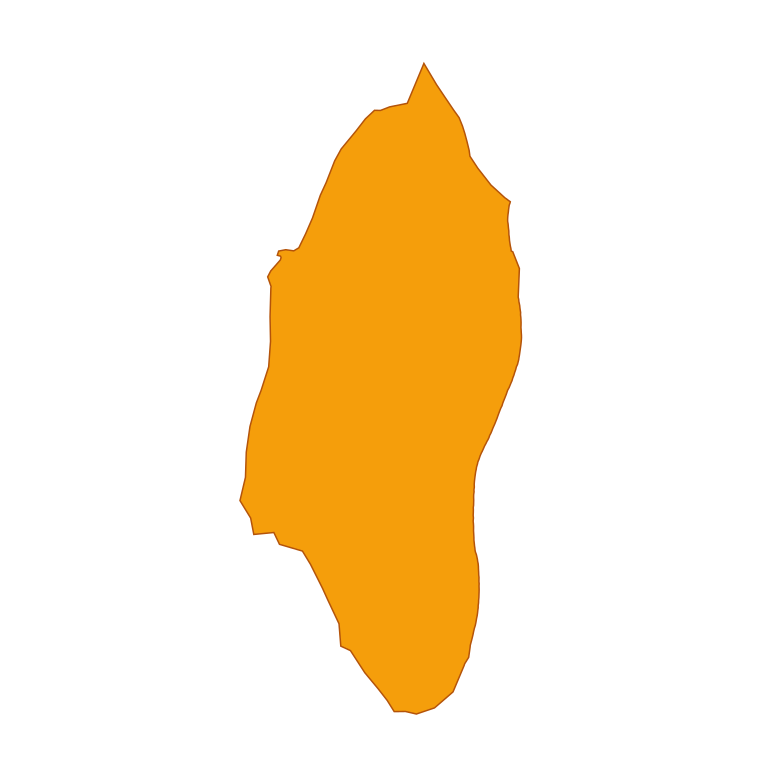 the district of Al Madan, Amran, Yemen, rotated 188°
{"feature_id": "15242507B28898961635251", "entity_name": "Al Madan", "entity_type": "district", "adm_level": 2, "iso_a3": "YEM", "parent_name": "Yemen", "parent_adm1": "Amran", "projection": "equal_earth", "projection_center": [43.615, 16.232], "detail": "fine", "context": "isolated", "style": "filled", "palette": "amber", "viewbox_px": 768, "rotation_deg": 188, "n_neighbors": 0, "source": "geoboundaries", "source_scale": "gbopen_adm2", "svg_char_len": 2971}
<svg xmlns="http://www.w3.org/2000/svg" viewBox="0 0 768 768"><g transform="rotate(188 384 384)"><path d="M284.3,582.1L286.3,583.1L288.4,584.3L290.2,585.2L305.8,595.9L321.1,610.7L330.6,621.5L332.2,627.2L335.5,635.5L338.9,643.5L342.2,650.4L346.7,658.2L353.0,664.8L356.8,669.0L363.4,676.3L373.6,687.7L389.1,707.0L400.0,665.2L417.0,659.2L425.6,654.4L431.5,653.7L439.3,644.0L446.9,630.7L459.1,610.8L463.9,598.1L469.3,575.4L473.3,562.1L477.9,538.5L482.5,521.9L487.3,507.0L491.9,503.3L500.0,503.3L506.8,501.0L507.6,496.6L504.3,496.2L503.5,494.8L503.9,492.4L511.9,480.2L514.1,473.9L509.4,464.8L509.4,463.4L506.2,434.8L502.3,410.4L500.6,385.0L504.8,360.6L507.8,347.5L510.8,323.3L510.9,297.4L508.2,272.3L510.4,248.5L497.4,232.7L492.0,216.9L472.4,221.6L465.2,210.7L441.5,207.2L431.7,195.2L416.5,173.2L409.9,162.8L395.7,141.1L395.2,140.4L390.3,118.4L380.1,115.3L362.8,95.4L347.3,81.3L336.8,71.1L328.3,61.0L317.2,62.7L306.0,61.7L288.9,70.3L272.8,88.7L265.5,116.3L265.2,118.1L262.1,125.1L262.1,127.8L262.1,129.9L262.1,132.4L262.1,135.2L262.2,137.3L261.9,139.8L261.6,142.2L261.3,144.9L261.0,148.1L260.8,151.5L260.5,154.7L260.0,157.6L259.8,160.9L259.7,164.8L259.5,167.6L259.5,170.3L259.6,173.0L259.6,175.4L259.9,177.7L259.9,180.4L260.2,183.0L260.3,185.5L260.6,188.4L260.9,191.3L261.2,193.8L261.8,197.3L262.0,199.5L262.5,201.6L263.0,205.7L263.6,208.0L264.1,210.9L264.7,213.9L265.2,216.8L265.8,219.3L266.5,221.2L267.1,223.4L268.1,226.1L268.8,228.0L270.0,230.2L270.7,232.1L271.2,234.2L271.8,236.2L272.3,238.3L273.2,241.8L273.6,244.5L274.4,248.6L274.9,251.0L275.2,253.4L275.5,255.6L276.0,258.1L276.6,260.5L276.8,263.8L277.4,266.3L277.7,269.4L278.0,271.9L278.4,274.1L278.4,276.4L278.7,278.9L279.0,281.5L279.5,284.4L279.8,286.9L279.8,289.7L280.2,291.8L280.2,294.5L280.7,297.2L280.9,300.2L281.0,304.4L281.0,309.8L280.8,312.3L280.8,314.6L280.3,317.8L280.2,319.9L279.5,322.4L278.8,326.3L278.0,329.2L277.3,331.2L276.4,334.3L275.8,336.5L274.7,339.4L274.1,341.4L273.3,343.3L272.6,345.5L272.2,347.8L271.3,350.2L270.7,352.5L270.1,355.1L269.4,357.6L268.7,360.0L267.9,363.3L267.3,365.7L266.9,367.8L266.2,371.1L265.5,374.2L264.9,376.6L264.1,378.9L263.7,381.7L263.1,384.2L262.4,387.0L261.5,390.7L260.7,395.0L259.6,397.9L259.0,400.3L258.3,403.0L257.7,405.1L257.3,407.9L256.6,410.8L256.2,413.6L255.6,416.5L255.3,419.4L254.5,422.0L254.3,424.1L254.0,426.8L254.0,429.0L253.9,431.5L253.9,434.1L253.9,436.6L253.9,439.3L253.9,441.9L254.0,444.6L254.1,446.7L254.3,449.1L254.7,451.6L255.2,453.9L255.7,456.5L256.2,458.8L256.5,461.5L256.8,463.9L257.3,466.7L257.8,469.1L258.4,471.4L258.7,474.0L259.3,475.9L259.9,478.0L260.5,480.5L261.2,482.5L261.9,484.4L262.4,486.6L263.2,488.7L266.0,517.2L274.9,532.9L276.5,533.4L277.2,535.9L278.0,538.0L278.9,540.9L279.7,543.6L280.4,546.9L281.1,549.3L281.7,553.0L282.1,554.4L282.5,555.9L283.4,559.8L284.2,562.3L284.5,564.4L284.7,566.6L284.8,568.9L284.8,571.6L284.9,573.9L284.9,576.3L284.9,578.4L284.4,580.8L284.3,582.1Z" fill="#f59e0b" stroke="#b45309" stroke-width="1.5"/></g></svg>